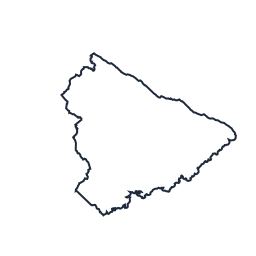 outline of San Pedro, Bas-Sassandra, Ivory Coast, rotated 231°
{"feature_id": "98640826B43081365176028", "entity_name": "San Pedro", "entity_type": "district", "adm_level": 2, "iso_a3": "CIV", "parent_name": "Ivory Coast", "parent_adm1": "Bas-Sassandra", "projection": "mercator", "projection_center": [-6.916, 5.016], "detail": "fine", "context": "isolated", "style": "outline", "palette": "slate", "viewbox_px": 256, "rotation_deg": 231, "n_neighbors": 0, "source": "geoboundaries", "source_scale": "gbopen_adm2", "svg_char_len": 5627}
<svg xmlns="http://www.w3.org/2000/svg" viewBox="0 0 256 256"><g transform="rotate(231 128 128)"><path d="M75.7,54.0L75.9,55.0L75.5,55.4L75.2,56.9L75.3,57.6L76.2,58.7L73.8,58.5L73.4,58.9L73.7,61.7L72.9,62.7L73.3,63.8L74.1,64.0L75.3,64.8L74.9,66.0L74.2,66.1L73.1,65.4L72.7,65.5L72.4,65.8L72.2,66.2L72.4,66.6L74.0,67.3L73.8,67.8L72.4,68.5L72.1,69.2L72.2,69.7L71.7,70.6L70.4,71.0L69.9,72.0L69.9,74.2L70.8,75.7L70.3,77.5L69.8,77.0L69.1,76.7L68.6,76.3L68.6,75.8L68.3,75.4L68.0,75.3L67.0,76.4L66.7,77.3L66.7,77.8L67.3,78.6L68.6,79.5L69.2,80.3L69.5,82.6L70.0,83.5L72.7,85.4L72.8,86.0L74.5,85.1L74.4,83.7L74.7,83.3L75.4,83.1L74.8,85.0L74.6,87.7L75.5,89.1L76.2,89.4L77.0,89.3L75.9,90.2L75.6,90.9L74.9,90.9L74.5,91.2L73.8,91.4L73.3,91.9L73.2,92.6L74.0,94.2L73.7,94.8L72.4,95.0L72.0,96.9L70.4,98.2L70.0,98.2L71.0,97.3L71.0,96.6L70.9,96.1L69.9,95.9L70.0,95.5L70.6,95.5L71.2,94.3L71.7,93.9L71.5,93.1L70.9,93.0L69.0,93.3L67.9,94.5L66.9,94.6L65.8,95.5L65.4,95.6L64.8,94.9L63.8,95.6L63.3,97.1L63.5,98.0L64.6,98.2L64.8,98.5L65.0,100.7L64.7,101.0L64.1,100.7L63.6,100.9L62.6,102.5L62.4,103.6L63.0,104.3L63.5,104.6L63.8,105.6L63.6,106.8L64.2,108.3L63.9,110.2L63.3,111.5L62.5,112.5L62.3,114.2L60.8,115.0L60.3,115.7L60.6,116.2L59.3,117.9L59.1,117.6L59.3,116.4L58.7,115.8L58.1,115.7L57.0,116.1L55.9,117.5L54.5,118.1L53.9,118.9L53.2,119.2L52.8,119.7L52.8,120.4L53.4,120.8L53.8,122.4L54.2,122.7L54.2,123.7L54.6,124.6L54.5,125.0L54.0,125.2L53.6,126.4L53.6,127.5L54.2,128.8L55.4,129.3L55.4,129.8L55.2,131.1L54.4,131.7L54.0,132.5L53.4,132.8L53.3,133.3L54.0,134.7L54.3,134.9L54.9,134.4L55.6,134.7L56.5,135.9L56.1,136.2L56.0,136.9L56.0,137.8L56.4,138.4L57.3,139.2L57.2,139.9L55.6,140.0L54.6,139.2L54.0,139.2L52.9,139.5L52.6,141.1L52.3,141.3L51.7,141.3L50.9,140.6L50.6,140.6L48.9,141.5L48.2,143.5L48.3,144.2L49.0,144.8L49.7,144.9L49.5,145.6L49.8,147.0L50.2,147.4L50.0,147.8L49.4,148.0L49.2,148.5L49.4,149.3L50.5,151.2L49.5,151.6L49.2,152.1L48.9,152.8L49.2,154.1L49.1,154.5L49.2,155.0L51.0,156.3L53.1,156.7L53.2,157.3L52.4,158.3L52.9,159.9L52.8,161.1L53.5,162.3L52.8,164.1L53.6,166.5L53.6,167.1L53.4,167.5L52.4,167.3L51.9,168.1L51.8,168.6L52.9,170.6L52.2,170.7L51.5,171.1L51.2,172.6L51.5,173.0L52.8,173.1L53.4,173.8L53.9,176.7L54.6,177.8L53.8,178.9L53.6,179.6L52.1,179.8L51.4,180.2L51.4,181.3L52.7,182.4L53.1,183.1L53.2,183.4L52.9,184.2L53.4,185.4L52.5,186.0L52.5,187.3L54.0,189.8L53.4,190.6L53.9,192.5L53.0,193.3L53.0,194.0L52.2,195.1L52.3,196.5L52.6,197.4L53.8,198.4L55.6,199.0L54.0,199.8L53.3,200.5L51.8,203.3L52.3,205.1L54.4,207.2L55.8,207.1L56.5,207.9L57.7,208.1L59.0,207.9L62.7,208.3L64.8,207.6L65.7,207.6L68.5,206.5L71.4,205.9L73.8,203.9L77.4,202.7L79.1,201.0L80.6,200.7L82.3,199.8L83.2,198.3L84.2,197.3L86.2,196.5L87.6,196.4L90.9,195.7L91.8,193.1L95.9,190.7L97.2,190.3L98.9,188.9L101.4,188.6L102.2,188.2L105.2,188.1L111.1,187.4L112.1,187.5L113.2,187.1L114.5,187.1L115.1,186.3L117.9,185.8L117.9,185.1L118.3,184.8L118.6,183.5L119.9,182.3L121.2,181.9L121.7,180.5L124.0,179.8L123.8,179.1L125.1,178.1L125.5,178.1L126.4,176.7L127.1,176.1L130.1,174.9L131.8,173.9L131.4,172.2L131.8,171.7L132.4,171.2L135.1,170.5L136.5,170.5L138.3,169.9L150.3,168.4L150.7,167.8L153.4,167.6L155.1,167.9L157.2,167.5L157.9,165.9L161.7,165.3L164.8,164.5L166.7,163.3L167.7,163.1L170.0,161.4L170.3,160.3L173.0,158.9L174.6,158.5L175.7,157.9L176.4,158.2L177.9,157.8L181.7,157.5L182.5,156.9L184.0,157.0L188.5,155.9L189.0,155.7L189.4,154.4L191.5,153.3L193.9,153.0L195.6,152.2L196.0,151.8L199.2,151.2L200.0,151.3L205.5,148.9L207.4,148.6L207.4,147.9L207.7,147.2L207.5,146.4L207.8,144.7L207.7,144.5L206.8,145.0L206.4,145.0L205.8,144.3L205.6,142.6L205.1,142.4L204.1,141.3L203.0,141.0L202.6,141.0L202.3,141.5L202.0,140.9L201.6,140.7L200.8,141.0L200.1,141.8L199.2,142.2L197.4,142.0L197.3,141.1L196.5,139.7L194.9,139.2L194.2,138.1L194.1,137.4L194.6,136.9L195.3,137.2L195.7,136.9L196.9,137.2L197.2,136.4L197.4,136.5L198.2,136.1L199.3,135.0L200.6,135.1L202.9,132.2L202.5,132.1L202.5,131.5L202.0,130.7L202.3,130.4L202.1,129.5L202.3,129.3L201.9,127.7L201.2,126.9L199.4,125.5L199.0,124.3L199.2,123.8L199.1,122.6L201.4,121.7L202.2,121.1L201.6,120.4L201.3,119.4L202.2,114.4L201.4,112.2L200.4,111.9L198.4,110.2L197.2,107.3L196.2,106.8L195.7,106.2L195.8,105.8L196.2,105.3L196.3,104.6L195.7,103.1L195.9,102.4L195.7,101.7L196.1,101.1L195.4,100.5L195.5,97.1L189.7,97.1L186.5,97.6L185.1,96.0L185.3,95.6L182.2,92.3L178.9,92.6L178.3,93.0L176.7,91.8L176.5,92.4L173.4,93.7L172.9,94.6L168.5,95.6L168.2,96.1L167.5,95.8L167.2,96.4L166.8,96.5L166.8,97.3L166.5,97.6L164.6,97.7L163.8,97.2L163.7,97.4L163.7,89.1L162.9,88.9L162.5,89.2L162.4,88.6L162.1,88.6L162.0,88.2L161.6,88.0L160.6,88.0L160.4,88.3L159.3,88.3L159.2,87.9L159.5,87.5L158.2,87.1L157.1,86.0L156.5,85.7L156.2,84.6L155.6,84.0L155.6,81.6L155.4,81.2L155.5,80.8L155.1,80.5L155.4,80.1L155.3,79.5L151.8,79.2L149.0,78.0L144.0,73.7L143.2,73.4L142.0,73.8L141.4,73.4L140.5,73.3L140.2,73.0L139.8,73.1L139.3,73.9L138.4,74.1L136.7,73.8L135.9,73.3L134.3,73.2L133.0,73.5L132.1,73.4L131.9,73.2L131.4,73.8L131.6,74.4L131.5,74.9L130.2,75.6L128.2,75.2L126.3,75.5L120.0,73.0L120.3,72.1L120.2,71.7L120.4,70.9L120.1,70.8L119.8,70.3L119.2,70.3L118.3,68.3L118.4,67.8L118.2,67.2L117.4,66.6L117.6,66.5L117.1,66.3L115.6,66.2L114.6,65.3L114.1,64.2L114.3,63.9L114.8,63.7L115.1,63.2L115.9,62.9L115.4,61.9L115.2,60.8L114.8,60.3L115.4,56.2L115.8,55.4L115.0,54.4L114.5,52.9L113.2,50.4L113.1,49.0L111.9,47.7L111.8,48.2L111.1,48.5L91.1,51.0L90.9,51.5L90.4,51.7L90.2,52.2L89.6,52.8L89.3,53.7L88.9,54.1L86.9,53.9L85.8,53.3L85.1,53.2L84.3,53.4L83.8,54.1L83.2,54.4L81.9,54.0L80.5,53.2L80.2,53.2L79.9,53.8L78.1,53.6L77.4,53.9L75.7,54.0Z" fill="none" stroke="#1e293b" stroke-width="2"/></g></svg>